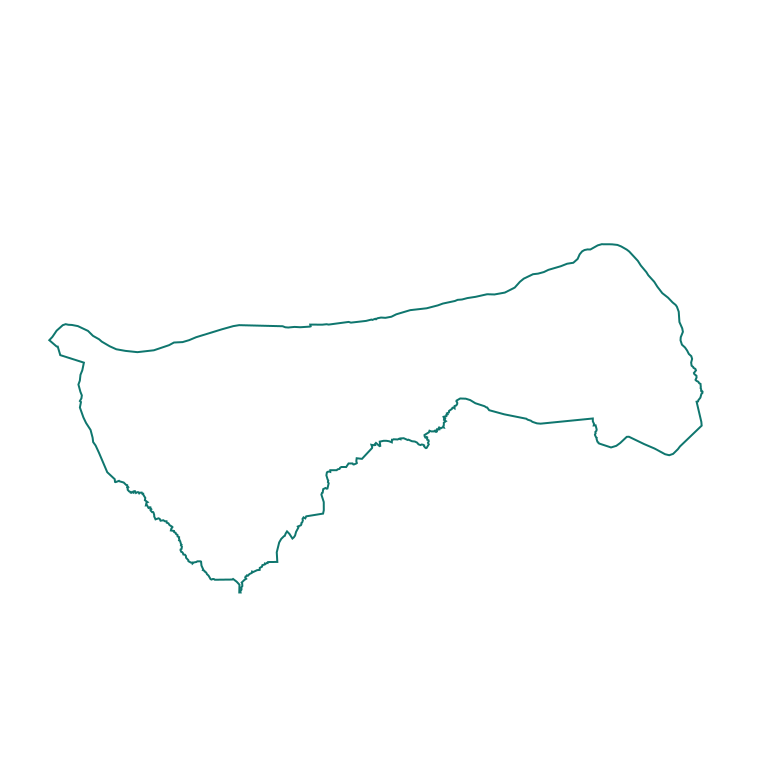 Ban Fang, Khon Kaen, Thailand (orthographic projection), rotated 71°
{"feature_id": "78962969B10387092558373", "entity_name": "Ban Fang", "entity_type": "district", "adm_level": 2, "iso_a3": "THA", "parent_name": "Thailand", "parent_adm1": "Khon Kaen", "projection": "orthographic", "projection_center": [102.643, 16.502], "detail": "fine", "context": "isolated", "style": "outline", "palette": "teal", "viewbox_px": 768, "rotation_deg": 71, "n_neighbors": 0, "source": "geoboundaries", "source_scale": "gbopen_adm2", "svg_char_len": 6102}
<svg xmlns="http://www.w3.org/2000/svg" viewBox="0 0 768 768"><g transform="rotate(71 384 384)"><path d="M544.2,133.4L541.3,127.3L539.4,124.5L526.8,97.2L523.2,96.3L502.5,94.2L502.7,92.7L501.7,92.1L499.9,89.3L496.8,87.2L496.2,85.9L494.9,85.3L494.4,85.5L494.3,86.3L493.8,86.4L492.1,85.8L490.9,86.0L490.2,85.5L486.9,84.7L485.9,85.7L484.2,86.1L482.8,87.5L481.5,88.1L479.7,86.4L477.9,85.9L475.8,87.3L474.5,87.4L472.7,84.6L471.1,84.7L469.5,86.1L468.7,86.1L466.8,87.2L463.7,86.6L460.6,84.5L457.7,84.4L454.8,86.0L451.1,86.5L447.5,87.5L443.8,89.5L439.2,89.4L436.4,88.2L432.0,84.4L428.5,83.9L421.6,84.5L411.6,81.8L406.3,81.9L404.2,82.5L400.8,84.6L394.9,87.3L388.7,91.3L380.9,93.9L375.4,95.2L367.2,98.7L363.7,99.5L355.6,102.6L350.2,103.9L338.6,109.0L336.0,110.7L331.2,114.9L328.5,118.0L326.1,123.1L322.7,132.7L322.5,136.8L324.0,145.0L323.0,147.8L322.6,150.8L323.1,153.5L325.1,156.8L328.8,160.2L331.0,165.5L329.9,171.7L330.2,178.5L329.6,191.4L330.2,196.4L329.8,202.4L328.7,207.4L329.9,217.6L331.6,222.2L335.4,229.0L336.9,240.0L335.3,250.4L332.7,257.3L331.4,269.0L329.9,277.2L329.5,282.7L328.4,287.0L328.6,289.9L327.1,302.2L327.2,307.4L326.3,319.0L322.7,335.2L322.1,349.7L322.8,355.1L321.9,361.1L320.2,365.2L319.7,368.9L320.2,370.5L319.5,371.0L319.6,374.2L319.0,374.9L318.5,380.4L315.2,395.3L313.8,397.2L309.8,417.0L308.8,418.8L307.8,423.1L303.8,434.4L305.6,434.6L305.6,435.4L303.1,444.6L300.9,450.0L299.4,456.2L298.2,458.9L296.4,461.0L281.2,501.8L280.2,507.7L279.5,519.5L278.6,546.4L279.1,554.0L278.8,560.8L276.4,569.1L277.3,574.6L277.2,590.6L273.6,606.8L268.5,617.7L264.0,625.8L259.0,631.1L252.0,637.1L249.0,638.8L243.7,643.5L237.4,646.6L229.6,654.6L226.6,659.8L225.2,663.2L223.8,665.5L223.8,668.6L227.0,676.2L231.5,682.2L233.6,686.2L242.0,681.3L242.4,680.3L251.3,680.7L266.1,660.8L272.8,664.8L276.5,668.0L281.8,670.5L285.0,673.1L292.6,673.6L296.4,673.4L299.1,674.8L301.1,677.1L302.4,676.4L307.2,679.2L317.8,679.1L323.8,678.4L331.9,676.4L339.9,677.0L344.2,677.9L348.3,676.7L356.1,675.9L377.3,674.4L386.3,669.6L389.0,670.2L389.4,669.7L389.3,666.1L389.8,665.9L392.4,662.2L395.4,660.7L396.0,659.8L396.6,660.0L398.0,659.5L397.9,660.4L398.2,660.6L399.1,660.2L400.5,660.8L402.5,660.0L403.3,659.1L404.2,659.0L404.6,658.3L404.1,657.5L405.2,656.3L404.0,655.8L404.2,654.4L406.3,654.0L406.0,652.5L406.4,651.4L407.7,651.1L407.3,650.3L407.8,648.4L409.3,648.2L409.4,647.4L410.5,647.6L414.0,646.8L416.0,647.9L418.8,646.0L419.0,647.3L421.2,648.6L421.3,647.6L424.6,647.0L424.7,646.0L424.3,645.4L424.6,645.0L425.3,645.3L426.5,644.8L426.7,645.7L427.4,645.9L429.6,645.0L429.8,644.1L430.5,643.8L433.0,643.9L434.4,644.4L437.6,644.1L437.6,640.9L438.5,640.0L440.5,639.8L441.0,637.0L442.5,635.8L443.0,634.3L444.4,634.6L445.5,633.2L447.6,632.7L450.2,630.6L450.6,630.7L451.4,632.1L453.1,633.2L454.6,630.4L455.8,630.6L456.8,629.5L458.0,629.5L459.5,628.4L460.9,628.8L462.1,627.6L463.5,628.2L464.3,628.0L465.1,628.7L466.1,627.9L469.5,628.1L470.0,627.8L470.5,628.5L471.9,628.0L474.0,629.1L474.2,630.2L474.9,630.5L476.8,630.3L477.2,629.6L478.3,629.2L479.9,629.2L480.6,627.8L482.0,627.3L483.9,627.7L486.8,626.4L487.9,626.6L490.1,624.6L490.4,623.4L491.4,623.5L490.8,622.1L491.2,619.3L490.9,618.3L491.8,615.5L492.4,614.8L496.2,615.7L500.6,615.3L501.0,615.8L502.2,614.6L502.9,614.6L504.4,613.5L506.2,613.3L508.0,612.3L512.1,611.5L512.8,610.6L512.6,609.7L513.0,608.4L514.0,607.7L519.5,591.1L519.2,590.2L522.9,587.7L526.7,586.0L534.0,588.7L534.4,587.5L533.3,587.4L532.0,585.7L529.8,585.0L528.9,583.7L526.3,583.0L525.4,583.2L523.8,579.8L523.3,577.7L521.8,578.2L520.9,577.5L520.9,576.3L520.3,575.8L520.9,574.9L519.9,573.1L519.6,570.5L518.4,569.8L519.2,568.9L518.7,564.6L519.3,562.1L517.4,561.3L517.0,558.8L515.7,558.0L515.8,555.5L515.0,555.0L515.5,554.5L515.0,552.8L515.4,552.3L514.6,551.6L517.5,542.8L508.2,540.2L499.7,534.7L497.0,531.6L495.3,528.1L495.3,527.3L493.3,525.6L491.8,523.7L495.0,522.2L500.3,520.9L499.6,519.1L498.3,517.4L495.2,515.3L491.9,511.7L490.7,511.9L490.5,508.6L489.9,507.9L488.6,507.4L488.2,506.4L486.5,505.1L485.1,505.0L483.9,503.5L485.4,502.2L483.8,500.6L486.7,483.8L483.7,482.0L476.0,479.4L468.2,479.2L466.8,478.1L466.8,477.4L463.6,475.7L463.3,473.2L464.3,472.3L464.4,471.5L459.8,468.6L458.5,469.0L457.0,468.1L456.1,468.4L451.6,468.2L449.2,466.9L448.7,466.1L448.9,464.3L449.6,463.4L448.0,462.8L450.1,456.8L449.6,455.7L449.8,453.7L448.9,452.8L448.6,451.3L450.2,446.8L447.6,443.4L448.9,439.6L449.9,439.3L450.3,438.7L450.1,435.9L449.9,435.4L447.9,435.3L445.3,434.0L447.6,429.2L440.7,416.2L439.8,415.7L437.4,415.7L438.6,413.5L438.8,412.4L438.1,412.5L437.1,410.8L441.3,408.4L441.3,407.7L437.1,406.8L437.6,402.8L438.6,400.0L439.8,397.8L441.7,395.6L439.3,394.6L439.6,393.8L439.4,392.9L440.9,389.1L440.7,387.7L441.6,386.4L440.8,386.2L441.7,383.0L444.6,379.9L444.6,379.0L447.2,376.2L448.5,373.5L450.2,371.8L452.3,371.0L453.6,369.4L453.5,368.0L454.2,366.8L455.1,366.0L455.9,366.4L457.7,365.7L458.3,365.2L458.3,364.5L455.6,361.3L454.0,361.6L452.8,360.4L451.7,360.2L450.7,361.3L448.5,360.5L448.0,360.9L448.4,361.8L448.2,362.3L446.4,362.6L445.4,362.3L444.3,357.3L443.0,356.2L444.2,354.8L445.0,352.4L444.7,351.1L445.9,350.9L446.3,350.0L446.1,349.4L444.6,349.1L444.0,348.5L444.7,347.7L444.9,346.5L443.4,346.5L443.0,346.0L444.4,344.6L444.0,342.5L444.6,341.6L443.2,341.7L442.5,340.9L440.0,340.0L439.3,337.6L437.4,339.0L437.0,338.7L437.3,338.0L436.4,337.3L435.6,338.4L434.4,338.4L434.6,335.4L433.4,335.0L433.4,333.8L432.2,334.0L432.0,331.9L430.6,331.2L429.7,328.0L428.8,327.0L428.8,326.1L430.0,325.2L427.8,324.4L427.8,322.6L426.6,321.2L425.2,320.8L424.0,321.2L423.3,320.8L422.5,316.7L424.5,311.5L427.3,307.7L431.9,303.9L437.7,296.2L439.5,294.8L439.8,294.1L443.0,293.1L451.8,280.2L463.2,260.7L464.4,259.9L466.5,257.1L468.1,256.0L471.0,252.2L472.5,248.8L484.6,197.8L487.3,198.7L490.1,198.4L491.5,199.2L491.9,197.4L496.1,197.7L497.3,198.3L498.2,199.8L499.6,200.0L500.4,201.0L501.3,201.1L503.7,200.8L504.1,200.4L505.1,200.9L508.1,201.0L509.1,200.3L509.9,200.4L510.6,199.6L517.9,190.0L518.1,184.5L516.7,179.9L513.0,171.7L513.6,169.6L525.5,157.6L533.1,149.2L541.9,141.1L544.2,137.5L544.2,133.4Z" fill="none" stroke="#0f766e" stroke-width="2"/></g></svg>